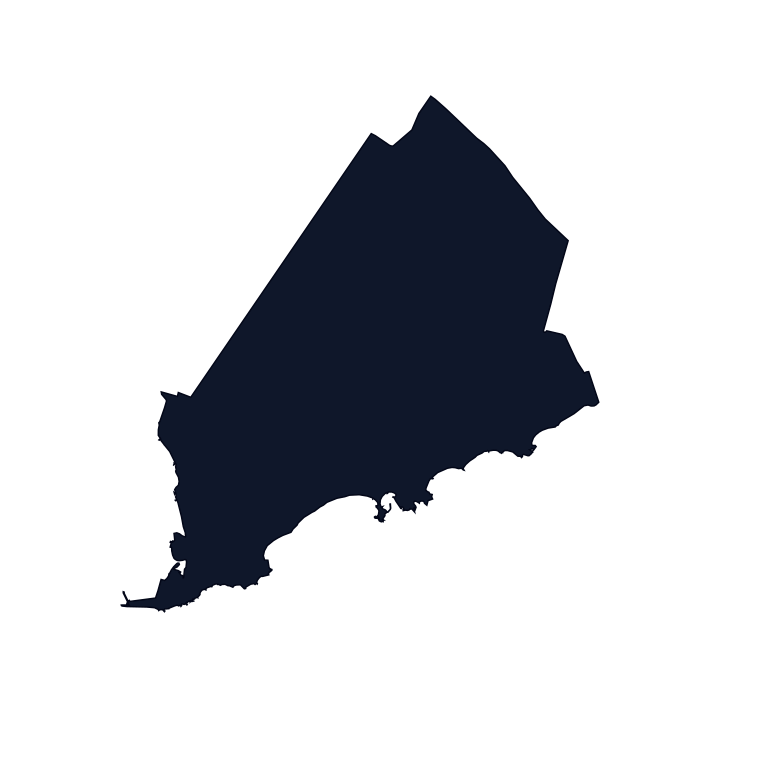 Muntazah, Al Iskandariyah, Egypt, rotated 197°
{"feature_id": "37247803B90463856595624", "entity_name": "Muntazah", "entity_type": "district", "adm_level": 2, "iso_a3": "EGY", "parent_name": "Egypt", "parent_adm1": "Al Iskandariyah", "projection": "orthographic", "projection_center": [30.035, 31.264], "detail": "fine", "context": "isolated", "style": "filled", "palette": "ink", "viewbox_px": 768, "rotation_deg": 197, "n_neighbors": 0, "source": "geoboundaries", "source_scale": "gbopen_adm2", "svg_char_len": 6162}
<svg xmlns="http://www.w3.org/2000/svg" viewBox="0 0 768 768"><g transform="rotate(197 384 384)"><path d="M249.8,574.9L278.1,588.9L287.8,595.5L299.0,604.2L321.3,619.2L332.2,628.1L351.8,639.7L358.5,642.9L367.3,646.2L404.6,664.9L418.4,671.2L423.4,672.9L429.7,653.0L431.6,635.1L444.6,614.6L445.7,613.8L448.4,613.8L464.8,618.9L469.4,619.7L564.9,314.8L578.2,315.7L577.9,311.7L594.7,311.3L593.6,309.1L587.7,305.3L587.0,304.0L586.9,297.0L587.4,282.4L588.0,281.1L586.9,278.9L586.4,274.3L584.8,268.9L581.9,266.5L582.9,264.7L582.5,264.6L581.7,266.3L580.8,264.8L576.7,261.9L577.2,261.5L576.6,261.8L569.2,256.8L560.2,247.2L561.6,246.9L561.0,246.2L561.6,245.2L562.0,245.3L561.5,245.0L560.7,246.2L561.0,246.6L560.0,247.0L559.2,246.3L559.1,244.0L557.5,241.0L557.8,239.9L557.0,238.5L553.3,234.8L551.4,230.9L551.0,227.0L552.6,224.4L553.3,221.8L551.4,219.0L552.4,218.5L552.8,218.7L552.3,217.9L552.3,218.4L551.3,218.8L550.1,216.2L550.3,215.1L548.3,212.7L549.6,211.8L549.2,211.5L548.2,212.6L546.4,210.4L538.9,198.0L534.2,188.9L530.4,183.5L530.1,182.5L530.7,182.6L530.0,182.4L529.1,180.6L529.2,179.8L532.2,179.7L535.7,180.9L538.6,181.1L541.1,179.7L538.5,173.6L539.2,171.9L540.2,172.0L540.2,171.1L542.1,171.0L542.1,170.0L540.9,170.0L540.8,165.5L539.3,165.6L538.2,162.4L536.1,158.6L533.9,156.0L532.3,155.2L530.2,154.8L528.3,155.1L525.1,156.5L523.0,158.0L521.5,157.7L520.7,155.7L519.7,150.7L520.6,148.6L519.0,140.2L519.2,139.2L519.7,141.1L520.9,141.9L521.9,141.6L524.6,143.6L523.6,144.0L523.5,144.7L526.2,145.4L530.7,145.3L530.6,146.4L528.3,148.6L526.9,151.5L527.7,152.7L528.8,152.5L529.6,151.7L531.7,147.7L532.9,144.2L533.6,140.4L534.1,139.9L533.9,137.3L534.8,134.4L536.3,132.0L540.0,131.9L539.7,120.2L539.9,112.5L563.4,101.8L564.8,103.1L564.3,102.5L564.4,99.5L562.8,97.8L564.0,97.2L564.7,98.3L564.8,100.4L565.2,101.4L571.4,108.0L571.6,109.0L572.6,109.1L572.3,108.0L565.6,100.8L565.7,97.3L570.6,95.8L570.3,95.3L569.6,95.1L564.8,96.0L545.6,101.4L538.0,103.0L534.0,102.4L533.2,101.5L532.4,102.6L529.8,103.5L527.4,102.1L527.2,102.8L528.0,103.0L528.5,103.8L528.0,104.7L524.0,106.3L524.0,106.8L519.2,110.7L517.2,112.0L515.3,111.8L514.7,112.7L513.7,112.6L513.2,112.0L512.8,112.9L513.6,113.3L513.1,113.3L513.4,114.2L513.0,114.6L510.7,114.8L509.6,115.8L507.9,115.1L507.7,115.5L508.3,115.8L509.5,116.1L509.0,117.5L508.0,117.5L508.1,118.1L506.9,119.5L506.2,119.1L505.6,119.9L505.5,119.3L505.1,120.2L504.2,120.2L504.5,120.1L504.2,119.8L503.0,120.5L503.7,120.7L504.0,121.8L503.5,122.1L503.6,122.5L502.9,122.3L503.0,122.9L502.3,123.2L502.4,123.7L500.2,125.4L499.6,125.2L499.8,125.9L498.6,128.1L498.9,128.9L498.5,129.2L498.8,129.8L498.6,131.8L497.6,133.9L495.6,135.2L494.1,135.0L494.4,136.4L493.4,137.7L490.5,139.7L489.4,139.8L489.1,141.4L486.9,143.3L485.1,144.1L484.5,143.8L485.2,143.4L483.7,144.0L481.6,143.7L480.2,145.0L477.4,146.0L474.2,145.5L473.1,145.9L469.1,145.5L468.3,147.5L466.3,148.7L462.6,150.0L458.0,147.5L456.8,148.4L456.8,147.8L456.5,148.0L456.7,149.5L452.9,153.6L450.0,155.1L448.7,154.6L447.6,156.1L446.8,155.7L446.8,156.3L447.8,156.7L447.9,157.2L447.6,159.8L446.4,162.8L444.9,164.4L443.9,164.5L438.4,167.8L439.2,169.0L438.7,169.9L438.9,170.6L438.0,171.1L436.8,173.1L437.0,173.8L437.8,173.7L437.7,173.1L438.1,173.0L438.7,173.7L438.2,173.7L438.4,174.0L438.9,173.8L440.3,174.9L443.5,181.5L446.7,180.7L449.2,184.5L449.6,189.5L448.4,195.3L443.9,202.0L440.5,205.8L436.5,209.7L429.6,215.0L428.6,218.7L425.9,223.6L425.5,226.0L421.6,233.1L415.3,240.3L413.2,242.2L409.4,247.6L406.5,250.5L404.0,254.2L395.6,261.0L388.5,264.8L384.5,267.6L375.3,270.9L367.0,272.0L361.3,271.7L361.1,270.9L360.8,271.3L358.5,270.8L355.3,268.8L354.4,266.6L354.8,265.7L355.8,265.0L356.4,265.6L355.5,264.2L355.1,264.7L355.2,264.1L352.6,262.3L351.7,261.2L351.1,257.4L352.0,254.8L353.0,254.6L353.7,255.5L353.4,254.8L354.2,254.2L354.1,253.7L353.3,253.1L350.9,253.7L350.4,254.4L351.0,254.8L350.4,255.4L348.9,253.9L348.7,253.0L349.8,253.2L348.4,251.7L346.3,251.4L345.8,252.1L344.6,252.0L344.7,253.2L345.5,253.8L344.7,253.9L345.8,254.4L344.6,258.3L345.2,260.1L343.5,262.4L342.8,262.5L341.3,265.9L341.3,267.2L342.8,271.1L343.2,270.9L341.5,267.1L341.4,265.9L342.9,262.6L343.6,262.5L345.7,263.9L349.1,264.3L349.8,265.5L349.5,266.3L350.7,265.4L352.8,268.3L353.6,272.2L352.9,276.0L350.9,279.7L349.5,281.0L349.0,280.2L348.6,280.6L349.0,281.1L347.7,282.2L345.0,283.0L342.0,282.8L340.1,281.8L339.8,280.9L341.0,278.4L342.3,278.8L342.4,278.4L341.0,278.2L338.4,275.5L331.5,269.9L331.0,270.0L332.0,271.1L331.4,271.7L329.9,271.6L328.2,270.0L328.9,269.3L328.6,268.5L326.8,269.6L324.5,270.0L323.1,271.0L322.6,272.4L322.1,272.1L320.9,272.7L317.4,270.6L317.9,271.5L317.4,273.4L317.7,273.8L317.9,273.1L318.4,273.8L319.1,273.4L319.3,274.2L318.8,274.6L318.6,273.9L317.8,274.5L317.4,273.8L317.3,275.4L318.1,276.5L320.5,278.1L321.0,279.8L320.6,280.7L320.2,281.1L317.9,281.1L315.4,280.4L315.7,281.5L314.4,282.9L312.5,283.4L311.6,283.4L310.4,281.8L307.6,280.6L307.8,285.3L303.9,288.2L305.5,290.1L305.6,292.4L308.0,292.2L309.5,293.7L310.9,293.7L313.0,294.7L313.4,296.7L312.7,304.5L311.9,307.1L309.6,307.6L309.4,308.0L310.5,308.5L310.6,309.0L306.8,315.0L298.7,322.0L294.6,324.1L291.5,324.8L288.0,324.9L285.2,326.1L283.1,325.0L282.3,325.0L283.7,326.3L283.5,327.4L282.3,330.9L279.7,335.3L275.5,340.5L274.2,343.0L270.0,346.7L268.5,348.9L266.5,349.6L265.4,350.6L264.0,349.7L264.0,350.7L260.2,352.6L257.3,353.4L255.2,353.3L252.6,352.2L251.6,352.8L251.3,352.3L250.6,353.2L250.3,352.5L250.5,353.8L249.1,355.7L246.5,356.5L241.0,356.7L234.9,354.1L232.2,354.8L231.0,353.9L230.4,355.1L230.8,356.5L230.1,357.5L225.4,357.5L224.3,357.9L222.5,360.8L222.6,361.8L222.0,362.1L222.4,362.5L222.2,363.1L223.9,363.1L225.2,363.7L224.4,363.9L223.9,365.7L222.3,365.6L222.2,364.6L221.6,364.6L220.2,368.6L221.4,369.4L224.2,368.6L225.1,369.5L225.7,371.2L225.4,376.2L224.1,379.6L221.7,383.3L219.1,386.1L214.2,389.8L207.7,393.0L207.0,394.5L205.4,395.7L205.0,397.8L203.9,400.0L193.6,411.2L186.3,421.7L182.7,423.6L179.7,423.5L176.8,424.4L175.1,426.1L173.3,429.4L191.9,455.7L194.1,454.6L195.6,453.0L206.3,461.9L224.9,482.6L228.1,483.5L243.9,482.4L244.8,480.6L245.9,480.3L247.1,481.4L247.9,509.1L249.1,530.0L249.8,574.9Z" fill="#0f172a" stroke="#020617" stroke-width="1.5"/></g></svg>